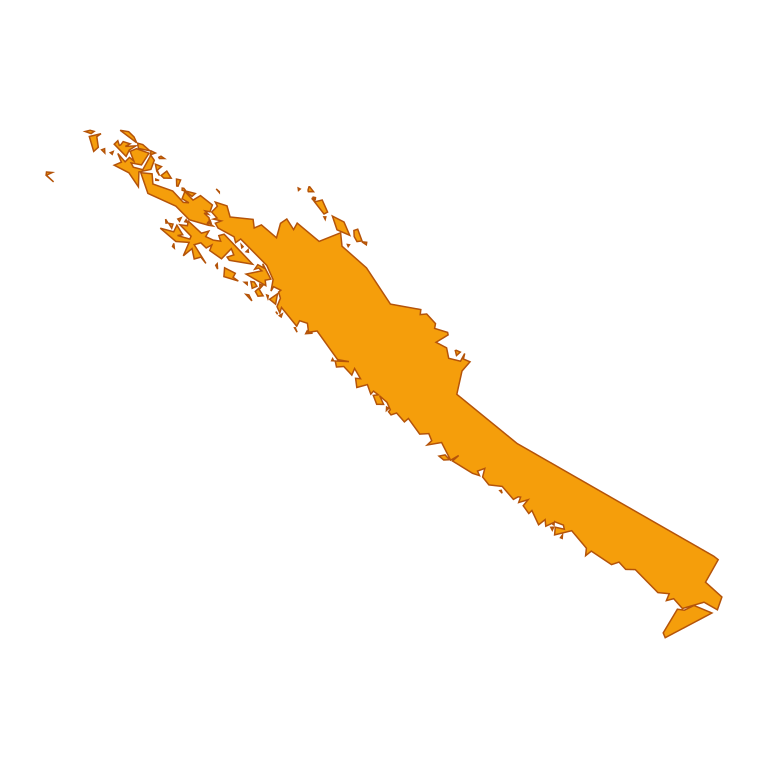 the district of Hograno-Kia-Havulei, Isabel, Solomon Islands
{"feature_id": "97153195B62958617202697", "entity_name": "Hograno-Kia-Havulei", "entity_type": "district", "adm_level": 2, "iso_a3": "SLB", "parent_name": "Solomon Islands", "parent_adm1": "Isabel", "projection": "robinson", "projection_center": [158.602, -7.881], "detail": "fine", "context": "isolated", "style": "filled", "palette": "amber", "viewbox_px": 768, "rotation_deg": 0, "n_neighbors": 0, "source": "geoboundaries", "source_scale": "gbopen_adm2", "svg_char_len": 6178}
<svg xmlns="http://www.w3.org/2000/svg" viewBox="0 0 768 768"><path d="M721.9,597.0L705.5,582.2L718.2,559.7L713.9,556.3L517.1,443.5L456.8,394.3L462.0,371.0L470.0,361.8L463.4,359.0L464.7,353.5L460.5,361.2L448.7,358.3L446.6,347.9L436.0,342.3L448.1,334.9L447.6,332.4L434.6,328.4L435.5,323.6L426.7,314.0L420.2,314.6L420.8,309.6L390.4,304.1L366.5,267.9L342.0,246.2L340.6,232.8L319.1,241.4L297.2,223.1L293.6,229.6L286.8,219.0L280.5,223.3L276.5,237.8L261.4,224.9L254.2,228.0L253.1,219.4L230.1,217.0L227.0,205.9L215.3,202.1L217.4,206.2L211.7,212.0L217.0,218.0L213.4,219.1L221.3,220.9L215.3,223.2L218.0,228.0L234.1,236.8L235.6,242.6L240.7,239.0L266.8,265.4L273.1,279.6L271.0,291.1L273.6,286.7L280.8,290.2L278.6,292.1L280.4,298.3L277.0,306.6L279.8,312.8L281.5,307.5L296.7,326.2L299.6,320.7L307.4,323.3L308.6,332.2L317.1,331.0L337.6,359.6L349.0,361.6L335.2,361.0L336.5,367.0L343.8,366.5L351.8,375.1L354.6,368.5L360.5,378.7L355.6,378.3L356.8,387.5L367.4,384.6L370.8,394.1L373.5,391.1L378.3,394.8L373.3,395.4L376.7,404.3L383.6,404.4L379.7,395.9L387.0,402.3L390.3,409.8L388.5,411.7L391.0,414.9L396.6,413.0L404.4,421.9L408.4,418.5L419.7,434.1L428.8,433.6L431.7,440.7L427.2,445.0L441.6,442.5L450.6,460.2L458.7,455.5L452.5,461.0L472.5,473.3L479.5,475.6L477.5,471.1L484.8,468.4L482.6,477.0L488.9,484.9L502.2,486.4L513.4,499.4L518.2,496.8L520.6,497.1L518.7,502.5L528.1,499.7L523.2,505.7L528.8,513.5L531.9,510.5L538.6,524.8L545.1,519.6L545.8,526.2L555.1,521.9L563.4,525.1L564.3,529.2L555.3,527.2L554.6,534.9L571.7,530.7L586.4,548.2L585.6,555.7L591.3,551.1L611.5,564.6L619.0,562.1L625.7,569.4L635.3,569.6L657.9,592.6L669.2,593.7L666.4,600.6L673.7,598.7L682.4,608.5L704.0,602.2L717.4,609.8L721.9,597.0ZM252.6,264.2L224.1,234.2L218.8,235.6L220.7,241.2L213.2,240.1L205.7,236.6L208.8,231.1L201.4,233.2L188.2,221.0L187.4,225.7L180.0,224.8L191.1,236.2L189.8,239.1L177.5,235.5L182.7,234.7L176.9,225.2L173.7,231.8L160.3,228.2L175.9,241.5L189.1,242.4L183.3,255.8L192.0,248.6L194.2,259.0L200.9,257.1L205.9,263.4L194.2,244.7L200.8,242.8L206.2,248.0L211.9,244.9L209.7,250.5L221.5,258.8L231.3,248.7L233.8,254.9L227.1,257.1L229.3,260.3L252.6,264.2ZM212.4,205.0L200.5,195.6L193.0,200.1L184.9,191.5L182.1,198.7L188.9,202.8L183.3,202.4L172.7,191.0L152.9,184.0L152.1,173.8L140.8,172.7L147.9,193.4L175.8,206.1L189.4,219.8L207.4,225.0L207.2,224.5L207.6,222.6L209.3,221.0L209.1,217.9L204.1,213.1L208.4,214.3L205.1,210.9L210.0,211.8L212.4,205.0ZM711.9,613.0L694.0,605.5L684.4,610.2L677.4,609.2L663.2,632.9L665.2,637.7L711.9,613.0ZM154.3,160.3L150.8,155.2L142.8,169.7L133.3,167.2L131.1,162.9L141.5,164.9L149.0,153.2L136.4,148.7L130.1,151.4L133.8,161.0L129.5,157.4L125.1,161.8L117.8,153.5L121.4,162.2L114.2,165.2L128.9,172.8L138.4,186.8L138.9,171.9L150.9,169.4L154.3,160.3ZM270.8,279.1L262.8,263.8L263.6,267.8L257.8,264.7L254.7,269.2L258.7,268.1L261.8,270.8L246.1,274.1L265.8,285.6L265.2,280.2L270.8,279.1ZM135.8,145.9L125.3,146.4L130.1,143.8L123.2,141.6L120.7,144.9L119.3,145.4L117.8,140.7L114.2,144.2L126.1,156.4L129.3,150.0L135.8,145.9ZM349.7,235.3L344.0,222.0L332.4,216.1L337.0,229.8L349.7,235.3ZM238.3,281.0L233.1,277.3L235.3,273.3L224.6,267.8L223.9,276.6L238.3,281.0ZM101.0,133.7L89.3,136.5L93.7,151.4L98.3,147.3L96.8,136.7L101.0,133.7ZM327.6,212.1L322.2,200.0L314.6,201.9L324.0,214.0L327.6,212.1ZM275.6,304.2L277.5,293.8L269.6,299.3L275.6,304.2ZM136.7,142.8L134.0,136.9L128.7,131.7L120.2,130.3L136.7,142.8ZM362.0,240.9L357.7,229.2L353.9,230.5L354.2,236.6L357.0,241.6L362.0,240.9ZM149.9,150.8L142.8,144.6L137.7,143.2L138.4,148.4L149.9,150.8ZM161.5,166.6L155.4,164.2L156.8,171.2L159.5,175.6L157.2,170.2L161.5,166.6ZM171.2,178.2L166.8,171.1L161.1,175.5L163.8,178.1L171.2,178.2ZM263.1,295.8L258.6,288.4L255.3,291.4L258.0,296.2L263.1,295.8ZM256.9,286.3L254.3,282.0L250.9,281.5L252.2,288.3L256.9,286.3ZM449.5,459.7L445.1,454.9L439.0,456.1L443.7,460.0L449.5,459.7ZM180.6,180.0L176.5,179.1L176.7,186.0L178.0,186.2L180.6,180.0ZM260.0,288.5L262.7,285.5L259.8,284.2L260.0,288.5ZM150.4,154.8L155.4,153.0L151.1,150.9L150.4,154.8ZM94.1,131.4L90.1,130.3L85.2,131.5L91.1,133.6L94.1,131.4ZM195.3,193.5L187.5,191.5L187.3,192.6L192.0,196.4L195.3,193.5ZM217.6,269.1L217.2,263.7L215.7,265.3L217.6,269.1ZM460.3,352.1L456.2,350.3L455.3,350.6L456.5,355.5L460.3,352.1ZM313.5,191.7L309.7,186.8L309.0,186.8L308.1,189.7L308.1,191.1L308.4,191.7L313.5,191.7ZM312.6,333.2L308.2,332.5L307.1,331.0L305.7,333.7L312.6,333.2ZM53.6,181.9L46.4,175.2L52.3,172.5L46.5,172.0L46.1,175.3L53.6,181.9ZM104.8,153.0L104.6,148.7L101.6,149.8L104.8,153.0ZM174.3,248.1L173.8,243.4L172.5,246.5L174.3,248.1ZM171.7,228.2L173.0,224.1L168.7,223.3L171.7,228.2ZM167.9,222.9L165.6,219.2L166.0,223.1L167.9,222.9ZM186.5,191.7L183.8,188.3L182.2,188.1L182.1,190.2L186.5,191.7ZM386.4,410.5L388.8,408.3L386.6,407.1L386.4,410.5ZM179.5,221.3L181.2,217.7L177.8,219.0L179.5,221.3ZM281.2,317.0L282.2,313.9L279.3,315.7L281.2,317.0ZM366.3,244.8L366.7,242.3L361.9,241.8L366.3,244.8ZM297.1,332.2L295.2,327.7L294.5,327.8L297.1,332.2ZM112.2,154.3L113.2,151.5L110.3,152.7L112.2,154.3ZM562.2,538.4L562.5,534.9L560.5,537.7L562.2,538.4ZM247.2,284.6L247.2,282.3L244.4,282.3L247.2,284.6ZM552.3,530.2L553.6,527.2L550.8,527.3L552.3,530.2ZM216.2,188.9L219.3,192.5L219.3,191.7L216.2,188.9ZM502.1,493.2L501.3,490.3L499.8,490.6L502.1,493.2ZM348.2,246.5L349.4,244.8L347.4,244.5L348.2,246.5ZM251.9,300.9L248.9,294.9L245.9,294.4L251.9,300.9ZM164.4,158.5L161.0,156.2L158.8,157.3L159.4,158.5L164.4,158.5ZM243.1,246.7L241.3,244.7L241.8,247.8L243.1,246.7ZM211.4,224.0L210.3,220.8L209.5,222.0L211.4,224.0ZM333.6,360.8L332.6,358.7L331.7,360.7L333.6,360.8ZM315.5,197.6L312.6,197.0L314.5,198.6L314.2,200.6L313.7,199.0L312.2,198.7L312.5,197.7L312.1,198.8L313.9,200.8L314.9,200.2L315.3,199.4L315.5,197.6ZM267.8,298.2L268.3,295.6L266.7,295.0L267.8,298.2ZM213.0,226.0L209.1,222.9L207.5,223.8L208.6,225.3L213.0,226.0ZM325.2,219.4L325.8,216.9L323.9,216.9L325.2,219.4ZM277.6,314.3L276.9,312.9L275.8,311.6L277.6,314.3ZM187.0,222.2L186.1,219.7L184.8,221.7L187.0,222.2ZM248.4,252.2L248.1,249.7L246.1,251.7L248.4,252.2ZM298.5,190.4L300.2,189.0L298.2,188.0L298.5,190.4ZM554.0,525.0L554.1,522.7L553.0,524.4L554.0,525.0ZM159.1,180.4L155.8,179.1L155.8,180.3L159.1,180.4Z" fill="#f59e0b" stroke="#b45309" stroke-width="1.5"/></svg>